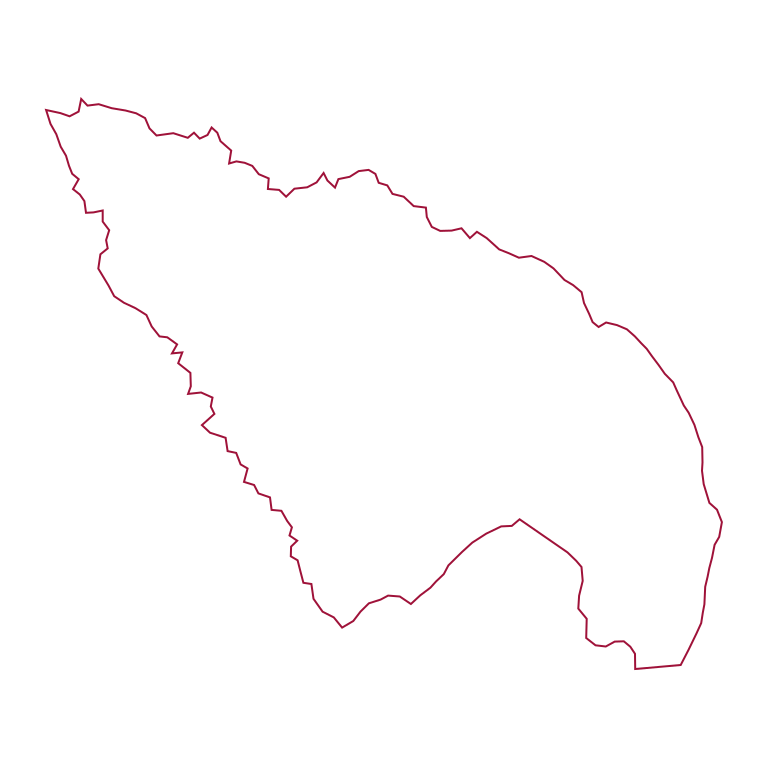 the district of Farol, Paraná, Brazil
{"feature_id": "56859067B49307783824328", "entity_name": "Farol", "entity_type": "district", "adm_level": 2, "iso_a3": "BRA", "parent_name": "Brazil", "parent_adm1": "Paraná", "projection": "orthographic", "projection_center": [-52.642, -24.124], "detail": "fine", "context": "isolated", "style": "outline", "palette": "rose", "viewbox_px": 768, "rotation_deg": 0, "n_neighbors": 0, "source": "geoboundaries", "source_scale": "gbopen_adm2", "svg_char_len": 2528}
<svg xmlns="http://www.w3.org/2000/svg" viewBox="0 0 768 768"><path d="M81.2,99.0L78.6,111.6L69.6,116.3L60.4,113.1L46.1,110.0L50.5,123.9L56.3,134.2L60.7,146.7L66.0,155.7L69.0,165.8L72.2,173.8L78.7,179.2L73.0,189.1L79.8,194.5L84.4,201.1L86.0,212.8L93.5,212.4L102.7,210.5L102.7,221.6L109.2,230.2L106.1,240.1L107.7,248.4L100.4,254.3L98.3,268.6L108.5,285.5L114.2,296.2L124.0,302.8L135.5,308.2L146.4,315.0L151.7,326.5L159.5,336.4L167.3,337.3L177.1,344.4L172.0,353.4L182.3,352.4L178.2,363.2L190.4,372.9L190.8,386.3L188.1,393.9L201.1,392.5L212.5,397.6L210.8,406.5L214.4,413.9L201.9,425.1L210.0,432.7L225.6,437.8L227.6,451.1L236.2,452.9L240.6,464.4L247.6,468.5L244.0,481.9L254.1,485.0L258.4,493.4L270.0,497.4L271.6,509.9L281.4,510.8L287.2,521.0L291.9,527.3L289.5,535.5L297.2,540.7L291.1,546.6L290.8,556.3L297.6,560.3L300.5,571.7L303.4,582.8L311.4,584.0L313.5,598.8L322.6,611.7L333.8,617.4L342.1,627.6L353.3,621.0L360.5,611.6L368.9,603.3L380.6,599.6L388.1,595.6L399.8,596.5L410.9,604.0L420.3,595.3L430.4,587.7L436.1,581.4L443.8,574.1L448.4,565.4L462.2,551.8L472.3,542.6L486.3,533.6L501.2,526.4L511.8,525.9L519.6,519.3L567.5,552.4L576.1,560.7L581.5,567.0L582.7,580.9L579.1,595.7L578.3,608.6L586.7,618.8L586.2,638.0L595.5,645.3L605.8,646.5L614.7,641.6L623.8,641.3L630.3,646.7L635.0,653.8L635.2,669.0L680.7,665.0L688.5,649.9L696.6,633.2L701.2,623.1L702.8,612.7L704.4,604.3L705.2,586.8L707.6,576.7L709.3,568.1L712.0,557.9L714.6,544.8L719.2,536.9L721.9,522.1L717.0,509.7L709.4,502.9L703.7,484.1L702.0,470.7L702.5,462.4L702.2,447.1L698.4,437.3L694.4,424.8L688.7,412.8L683.8,405.5L676.8,390.5L673.2,382.4L664.8,373.8L658.6,365.0L652.1,356.4L646.7,348.8L641.0,343.0L634.9,336.4L626.9,329.3L617.0,325.1L606.1,322.5L598.6,327.0L592.6,322.1L589.2,314.0L584.0,303.0L581.6,292.2L573.1,285.1L564.5,280.0L553.5,268.4L544.2,261.8L531.5,256.0L518.9,257.7L508.8,253.2L499.2,249.4L486.7,238.1L476.9,231.8L469.9,238.1L461.5,228.3L451.6,230.6L440.2,230.9L431.8,226.9L426.8,217.0L425.9,207.6L413.7,206.1L403.7,196.7L392.5,193.9L387.3,185.4L378.7,182.8L375.4,173.9L368.6,169.9L358.7,171.1L349.7,176.8L338.4,179.1L335.0,187.6L327.4,180.5L323.6,173.0L316.6,182.4L307.2,187.3L294.4,188.7L286.1,196.7L279.1,189.9L267.9,189.0L268.7,178.4L258.8,174.2L252.3,165.9L244.7,162.8L236.4,161.4L229.1,163.5L231.2,150.6L220.5,141.2L217.3,132.7L211.6,127.5L207.5,135.0L199.7,138.6L194.0,132.7L187.8,137.8L173.3,133.2L156.5,135.5L149.5,128.4L145.1,118.1L136.2,113.3L125.5,110.5L111.7,108.2L98.7,104.2L87.5,105.6L81.2,99.0Z" fill="none" stroke="#9f1239" stroke-width="2"/></svg>